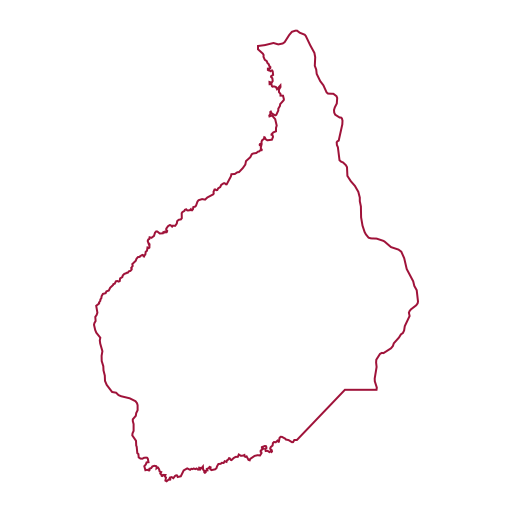 Cacahual, Guainía, Colombia
{"feature_id": "7082276B48982003363918", "entity_name": "Cacahual", "entity_type": "district", "adm_level": 2, "iso_a3": "COL", "parent_name": "Colombia", "parent_adm1": "Guainía", "projection": "natural_earth1", "projection_center": [-67.671, 3.445], "detail": "fine", "context": "isolated", "style": "outline", "palette": "rose", "viewbox_px": 512, "rotation_deg": 0, "n_neighbors": 0, "source": "geoboundaries", "source_scale": "gbopen_adm2", "svg_char_len": 6037}
<svg xmlns="http://www.w3.org/2000/svg" viewBox="0 0 512 512"><path d="M142.4,458.7L144.0,457.8L146.1,457.6L147.2,457.8L147.8,458.7L148.5,462.2L146.6,462.4L145.8,464.5L144.3,466.2L145.4,470.2L147.1,469.8L149.1,470.5L149.5,470.1L149.4,468.7L151.2,468.1L152.4,466.4L154.4,465.8L156.3,466.2L156.6,466.7L156.5,468.3L157.5,467.5L158.0,467.5L159.1,469.3L159.6,471.4L161.2,472.1L160.3,473.6L161.3,474.6L161.7,475.9L162.3,476.0L163.1,474.9L165.4,475.0L164.8,476.4L166.0,477.5L165.4,480.6L166.6,481.3L168.5,479.7L170.2,479.6L170.3,479.1L169.6,478.2L170.0,477.5L171.7,477.1L173.3,478.2L175.1,475.9L176.2,475.3L177.0,475.4L177.7,477.0L180.8,476.3L183.7,470.4L187.2,468.4L190.1,469.8L191.3,468.8L192.6,469.1L193.7,468.5L195.3,469.1L196.6,468.5L197.9,469.6L200.2,469.6L200.4,469.2L199.2,468.6L199.2,467.7L201.6,468.1L202.9,466.5L203.1,469.6L204.2,470.8L204.3,472.3L204.9,472.8L205.7,472.2L205.7,470.7L207.4,470.4L206.9,468.9L208.6,468.2L209.6,466.9L210.6,467.3L210.4,469.3L211.5,470.1L215.2,469.3L216.5,468.1L217.0,466.4L218.4,464.0L220.7,463.8L221.8,462.8L223.6,463.0L224.7,461.2L226.5,461.9L226.9,460.5L228.2,459.6L229.1,458.1L229.7,458.3L230.8,459.9L231.5,460.1L233.7,458.0L235.6,456.9L237.8,456.9L238.8,454.5L240.9,455.8L243.1,455.6L244.4,455.0L244.7,456.5L245.5,456.9L246.6,456.4L248.5,459.9L249.7,460.3L250.2,458.9L254.6,455.9L257.6,455.2L260.0,455.5L261.5,453.1L261.4,452.3L260.6,451.8L260.7,450.6L263.2,448.8L262.8,448.0L261.9,447.8L261.9,447.1L264.8,446.0L265.9,446.1L266.4,447.2L266.4,448.1L265.2,448.8L265.7,451.0L267.5,450.8L269.4,452.1L270.5,451.2L271.5,452.0L272.0,451.4L271.7,450.1L270.3,449.0L270.2,448.3L270.8,447.0L272.6,445.5L272.9,443.1L274.0,442.0L275.7,442.3L277.5,440.6L278.5,441.8L278.9,441.7L279.5,438.0L280.6,436.8L282.0,436.9L285.3,438.7L285.8,439.5L288.6,440.1L292.0,442.2L293.1,442.1L294.3,440.0L296.9,440.0L344.9,389.8L376.5,389.8L376.8,387.6L374.8,381.3L374.7,378.5L376.6,367.0L376.1,362.5L376.3,359.7L380.0,353.9L381.8,352.9L383.5,353.1L391.0,348.3L392.9,346.0L393.8,343.3L399.0,337.5L400.9,334.4L402.9,333.0L404.1,330.5L404.8,326.1L409.6,316.0L408.9,312.7L409.6,311.0L411.0,309.3L416.2,305.3L417.6,303.4L418.0,301.5L416.7,290.2L414.3,285.9L413.2,281.3L406.7,269.0L404.2,258.2L401.3,251.7L398.5,249.6L391.0,247.1L384.5,241.5L383.2,240.8L376.6,238.6L371.0,238.4L368.6,237.7L365.9,234.4L364.6,232.0L362.5,225.6L361.1,217.4L360.9,206.5L359.8,201.2L359.8,197.6L358.3,191.8L354.9,185.9L350.8,181.2L347.4,175.9L347.0,167.2L345.9,165.2L343.1,162.5L341.0,161.6L339.5,160.2L337.9,147.3L336.9,145.0L336.7,142.3L337.4,141.3L338.7,140.6L342.3,124.4L342.5,120.7L341.9,118.4L340.9,117.5L339.6,117.5L335.2,114.7L334.2,112.6L334.0,110.0L334.8,107.4L336.8,103.5L337.2,98.0L336.5,96.2L333.4,93.8L328.0,93.6L326.6,92.4L323.4,85.3L320.2,81.1L316.7,73.9L316.2,69.5L314.8,65.8L315.2,57.2L314.4,52.9L310.2,45.2L305.8,36.0L304.7,34.7L299.7,32.7L297.1,30.7L295.3,30.7L291.9,31.8L289.2,35.0L284.6,42.2L282.7,43.5L278.3,44.4L273.5,43.0L264.9,45.1L258.0,46.0L258.0,49.3L262.9,53.7L263.6,55.0L263.5,56.8L264.8,59.8L266.7,61.1L267.5,63.1L268.8,64.3L269.2,65.8L270.4,67.1L270.2,68.2L267.9,68.6L267.9,70.0L268.6,70.4L269.4,70.1L270.4,71.2L272.0,70.4L272.7,71.3L273.1,74.9L271.2,76.1L271.0,76.8L272.4,78.3L272.7,81.0L271.7,82.7L269.5,82.0L269.6,84.2L271.4,84.0L271.9,86.1L272.5,86.7L273.9,86.4L275.9,87.0L277.0,89.2L280.4,85.4L280.5,87.0L278.9,89.7L279.0,92.1L280.5,94.0L280.5,95.6L283.0,95.7L283.9,99.2L283.7,100.2L280.2,104.1L279.9,106.0L278.3,108.7L278.3,110.5L276.3,114.8L275.5,115.3L274.5,115.0L271.6,113.3L270.8,111.6L270.3,112.0L270.4,114.0L269.3,115.5L269.5,116.4L271.4,115.7L272.4,115.9L275.2,119.2L276.7,125.6L276.0,127.9L276.0,131.3L273.3,132.4L271.5,134.3L271.5,134.8L272.6,135.2L273.0,136.9L271.9,139.7L267.3,140.3L265.6,139.2L264.8,137.4L264.3,137.2L263.9,138.9L262.0,140.4L261.5,142.0L261.6,143.6L260.0,144.0L259.7,144.6L259.8,145.2L261.4,145.0L260.8,147.7L260.9,148.7L261.7,149.5L261.6,150.2L260.1,150.4L259.2,151.4L257.9,151.7L256.3,153.0L253.2,153.5L251.8,154.2L250.3,157.2L246.0,161.1L245.3,164.6L242.8,168.1L239.0,172.1L237.3,172.3L234.8,174.0L231.4,174.2L230.9,176.4L226.7,184.3L226.1,184.4L224.6,183.2L223.6,183.3L221.2,184.9L220.2,187.1L218.2,188.3L217.3,190.0L216.3,190.2L215.2,189.4L214.5,189.5L213.5,191.9L213.7,193.5L213.3,194.3L207.3,197.5L205.1,199.6L202.1,199.1L198.6,200.2L197.5,201.5L196.0,205.7L195.2,206.6L193.3,207.1L193.0,209.1L192.1,210.3L191.2,210.2L190.8,209.2L189.8,210.2L187.9,210.5L187.1,210.3L186.2,209.3L184.9,209.8L184.4,210.9L182.5,212.0L181.7,213.2L181.8,218.2L180.9,219.4L178.7,219.8L177.2,221.1L176.8,223.5L175.2,225.8L172.8,225.7L172.1,226.6L170.6,225.2L169.7,225.1L168.0,226.2L166.3,228.6L166.2,229.8L167.2,230.9L166.7,232.2L165.9,232.4L165.0,231.7L164.4,232.5L163.4,232.1L162.9,233.3L159.8,233.5L157.3,231.5L156.2,231.4L155.0,232.7L154.0,235.9L151.5,237.8L149.6,237.3L149.3,239.0L148.3,239.5L147.7,241.0L148.8,244.2L149.3,243.9L149.5,244.2L149.4,247.6L148.8,248.1L147.5,247.5L147.0,250.7L145.7,251.8L145.3,254.6L144.4,255.4L144.1,256.5L143.6,256.4L143.2,255.2L142.4,254.9L140.1,256.2L139.7,256.9L137.9,257.1L136.4,258.9L135.8,260.7L132.3,264.1L132.7,265.9L131.2,268.0L131.8,269.0L131.5,269.7L130.4,270.9L128.9,271.3L127.7,272.8L126.5,272.8L125.9,273.4L124.4,273.8L122.8,275.4L122.3,277.1L120.1,278.4L119.7,281.1L118.6,281.6L117.3,281.0L115.9,281.3L114.7,283.7L113.4,284.1L113.0,285.1L110.2,287.7L108.8,290.5L106.4,291.4L105.6,293.2L102.9,293.9L101.6,296.2L101.3,298.3L100.4,299.4L100.3,300.8L99.0,302.6L99.1,303.5L96.2,305.8L97.4,312.7L96.6,315.0L95.3,316.9L95.6,321.0L94.4,323.1L94.0,324.8L95.2,330.0L96.3,332.7L100.3,337.7L99.8,340.4L100.2,343.5L102.4,351.2L101.6,355.8L101.7,361.0L103.3,366.2L103.5,370.4L104.8,375.6L105.0,380.9L106.7,384.9L112.1,392.0L116.1,392.7L118.5,395.1L121.0,396.2L129.7,398.3L135.5,401.2L137.0,403.2L137.6,405.2L137.6,410.2L136.2,413.1L135.8,415.8L132.8,419.3L132.8,421.1L133.6,424.1L133.6,430.9L132.5,433.4L132.3,435.4L136.0,440.8L136.2,445.5L136.7,446.8L137.3,453.1L138.4,454.1L138.7,457.4L140.5,458.6L142.4,458.7Z" fill="none" stroke="#9f1239" stroke-width="2"/></svg>